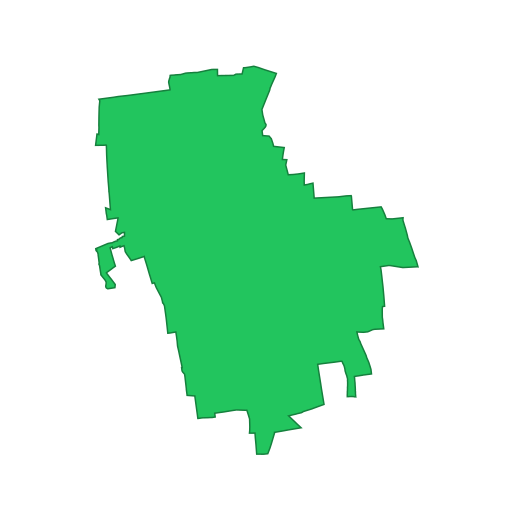 the district of Buctzotz, Yucatán, Mexico, rotated 257°
{"feature_id": "50627088B3254023966858", "entity_name": "Buctzotz", "entity_type": "district", "adm_level": 2, "iso_a3": "MEX", "parent_name": "Mexico", "parent_adm1": "Yucatán", "projection": "robinson", "projection_center": [-88.667, 21.212], "detail": "fine", "context": "isolated", "style": "filled", "palette": "green", "viewbox_px": 512, "rotation_deg": 257, "n_neighbors": 0, "source": "geoboundaries", "source_scale": "gbopen_adm2", "svg_char_len": 6022}
<svg xmlns="http://www.w3.org/2000/svg" viewBox="0 0 512 512"><g transform="rotate(257 256 256)"><path d="M444.1,138.2L443.2,138.5L442.3,138.7L436.3,136.7L431.3,135.4L427.4,134.4L424.5,133.7L420.0,132.6L418.8,132.3L416.6,131.9L414.3,131.3L409.7,130.1L410.4,129.1L410.6,128.5L399.9,124.6L399.3,127.3L398.9,129.4L398.4,131.5L398.0,133.5L397.9,134.6L397.8,134.9L397.6,135.1L394.4,134.5L388.0,133.2L381.3,132.0L377.8,131.4L376.2,131.1L375.5,131.0L361.6,128.7L360.1,128.5L353.9,127.6L353.6,127.5L353.4,127.5L352.3,127.3L352.1,127.2L351.6,127.2L349.7,127.0L333.9,124.6L336.8,120.3L333.7,120.0L331.1,119.7L329.2,119.7L325.0,119.3L324.7,123.8L324.2,130.1L323.5,129.9L322.5,129.5L311.6,124.6L307.4,127.3L308.8,130.6L308.6,133.2L304.9,132.3L305.1,130.1L304.2,129.9L304.0,129.4L304.1,128.5L304.0,127.7L303.1,126.2L303.1,124.7L302.7,124.6L302.0,124.6L301.9,124.2L302.0,122.6L301.6,120.2L301.2,118.9L301.4,117.4L301.5,114.6L299.2,101.5L297.3,101.4L296.9,101.6L297.2,102.0L296.7,101.9L295.4,102.4L293.5,102.6L292.5,102.4L289.2,102.1L287.3,101.9L284.3,101.6L283.5,101.1L281.8,101.4L279.3,101.2L276.7,101.0L273.7,100.8L272.9,100.8L272.6,100.6L268.0,102.8L266.8,103.4L266.2,103.6L265.2,103.9L264.6,104.1L263.9,104.0L262.6,103.7L261.9,103.4L261.5,103.2L260.4,102.8L259.7,102.7L258.7,102.9L258.1,103.4L257.4,104.2L257.0,109.7L256.9,111.4L259.5,112.3L260.0,112.4L261.8,111.6L263.8,110.7L266.1,109.7L267.5,109.0L273.2,106.4L273.3,106.4L275.6,111.8L276.7,114.2L277.7,116.7L281.3,116.4L284.4,116.2L285.1,116.2L288.3,116.0L289.8,115.9L293.1,115.8L296.5,115.7L296.8,115.7L297.4,118.0L295.4,118.1L295.8,122.1L296.4,125.7L295.1,125.5L295.5,127.7L295.7,129.7L293.7,129.7L293.5,129.8L290.4,129.6L289.6,129.6L286.9,130.5L284.3,131.6L281.6,132.7L279.6,133.4L280.0,139.1L280.1,140.4L280.3,142.7L280.7,147.0L280.2,146.9L272.1,147.5L270.4,147.6L261.3,148.1L260.2,148.2L252.6,148.7L252.7,151.0L248.9,151.5L247.3,151.8L240.4,153.6L237.1,154.5L233.8,154.6L232.6,154.6L231.2,154.5L230.7,155.0L228.1,155.6L220.0,154.9L215.7,154.5L210.6,153.9L200.6,152.7L200.3,155.1L200.0,160.8L195.9,160.5L190.7,160.0L186.6,159.4L185.7,159.3L180.9,159.3L176.2,159.2L163.9,159.0L164.0,158.4L161.9,158.2L160.7,158.1L159.4,158.5L157.0,159.8L156.6,159.8L154.1,159.6L151.6,159.3L146.1,158.7L141.9,158.2L141.7,158.1L136.4,157.6L135.7,157.5L133.4,164.9L113.8,163.1L110.8,162.8L110.7,163.2L110.4,167.2L109.3,172.7L108.9,175.0L108.5,177.0L108.3,180.0L112.1,180.4L111.7,185.2L111.3,189.5L110.9,196.0L110.7,198.9L110.4,202.4L108.0,211.2L107.8,212.4L103.1,212.8L98.7,213.1L93.2,212.0L90.8,211.5L87.3,210.6L84.9,209.8L84.3,212.2L83.7,215.2L78.7,214.4L72.6,213.6L62.8,212.1L62.0,215.6L61.5,217.4L61.1,219.4L60.7,223.0L65.6,226.3L69.6,228.7L76.5,232.6L79.3,234.2L80.0,234.3L79.5,243.2L79.4,245.6L79.3,247.9L79.0,252.9L78.5,261.3L83.1,258.2L92.0,252.4L92.9,251.8L93.0,256.4L93.0,259.6L93.1,260.3L93.1,264.9L93.3,265.8L93.8,267.2L94.5,276.4L94.6,276.8L95.4,283.1L96.1,288.9L112.1,289.9L117.2,290.3L127.4,291.0L130.2,291.2L132.7,291.4L136.6,291.7L136.1,297.5L135.5,303.1L134.9,308.7L134.3,315.5L133.9,316.2L132.6,316.3L129.4,317.1L127.2,317.2L126.2,317.2L125.8,317.2L124.0,317.0L121.1,317.2L118.9,317.5L118.3,317.5L117.2,317.5L116.5,317.6L115.7,317.5L115.1,317.5L114.3,317.2L113.6,317.1L113.1,317.0L111.9,316.8L111.3,316.6L111.0,316.6L110.3,316.4L109.1,316.1L108.6,316.0L107.6,315.6L106.9,315.5L103.8,314.7L103.4,314.5L102.8,314.4L102.5,314.3L102.1,314.2L101.2,314.0L99.9,313.6L99.3,313.5L98.4,313.3L98.2,314.3L98.0,315.6L97.8,316.5L97.5,318.0L97.3,318.6L97.1,319.2L97.0,319.6L96.6,320.4L96.3,321.5L96.7,321.5L97.7,321.7L99.2,321.9L99.8,322.0L100.6,322.2L101.5,322.4L102.0,322.4L102.6,322.5L103.2,322.6L103.6,322.8L104.9,323.0L105.4,323.1L107.9,323.5L108.9,323.7L110.6,324.0L111.8,324.1L112.4,324.2L113.1,324.3L114.1,324.5L115.2,324.6L116.5,324.8L116.4,325.5L116.4,326.5L116.2,328.6L115.9,333.1L115.9,334.0L115.7,335.5L115.5,337.9L115.4,338.8L115.1,342.0L117.9,342.3L119.6,342.5L122.9,342.3L124.0,342.2L125.1,342.1L126.6,342.0L128.4,341.7L132.1,341.0L134.2,340.9L137.8,340.2L142.8,339.2L147.2,338.3L148.9,338.2L151.6,337.4L155.2,337.2L159.3,337.2L158.6,339.6L157.5,343.5L157.0,347.7L157.1,348.6L158.0,353.1L157.9,355.2L156.3,364.1L162.4,364.7L165.6,365.1L167.9,365.3L168.8,365.5L172.0,366.2L176.0,367.1L178.3,367.9L178.1,370.0L188.0,371.5L197.5,372.8L202.9,373.4L207.9,374.0L214.4,374.7L217.6,374.8L216.9,383.3L216.4,384.9L211.7,396.5L209.2,410.8L209.0,411.4L215.4,411.1L218.8,410.4L223.9,409.9L228.4,409.5L235.1,408.7L238.7,408.1L239.7,408.0L242.0,408.1L249.7,407.8L251.9,407.6L256.1,407.3L258.0,407.2L260.2,407.9L260.4,406.1L261.5,397.0L263.0,391.3L267.3,390.8L273.2,389.7L275.7,389.0L277.0,378.6L277.6,373.7L278.6,365.6L279.1,360.8L279.4,360.5L292.9,362.4L293.4,362.3L294.3,357.2L295.1,349.7L299.3,325.7L314.2,327.9L314.2,324.4L314.1,322.5L314.2,321.2L314.3,319.0L317.8,319.7L326.0,321.8L326.4,315.9L327.0,310.8L327.9,305.7L337.9,305.4L342.9,307.7L344.1,303.4L348.4,305.0L352.1,306.5L355.3,307.9L356.4,304.8L358.9,297.8L361.6,297.8L366.8,297.3L369.9,295.7L371.8,289.6L376.8,290.1L378.6,292.8L379.5,294.0L380.1,294.6L380.8,295.0L381.6,295.3L382.0,295.3L383.9,294.6L384.5,294.5L384.8,294.6L391.9,294.3L397.2,294.7L397.7,294.9L406.5,301.0L410.6,303.9L414.3,306.5L415.7,307.2L416.6,307.6L417.6,308.4L419.9,310.0L426.3,314.9L429.3,316.9L435.5,306.4L437.2,303.7L439.1,300.7L441.3,296.7L441.4,296.4L441.5,293.1L441.9,288.0L442.2,286.2L436.5,283.4L437.7,277.4L437.0,274.9L440.4,259.1L446.5,260.4L447.7,254.9L448.0,240.0L448.6,237.5L448.9,235.8L448.9,235.4L449.0,234.7L449.3,233.4L449.4,232.4L449.7,230.8L449.8,230.1L449.9,229.2L450.0,228.6L449.9,226.4L449.8,224.9L449.8,223.6L449.7,223.3L449.9,222.6L450.0,221.9L450.2,220.8L450.4,219.5L450.6,218.3L450.7,216.9L451.1,214.8L451.3,213.4L451.3,213.0L450.3,212.7L449.3,212.3L448.3,211.6L447.9,211.4L447.2,211.0L446.4,210.6L446.2,210.4L445.0,210.0L442.7,209.9L441.6,209.9L441.2,209.9L439.0,209.8L438.7,209.8L438.0,209.8L437.2,209.6L440.6,174.0L441.3,166.8L442.4,157.6L442.7,152.9L444.1,138.2Z" fill="#22c55e" stroke="#15803d" stroke-width="1.5"/></g></svg>